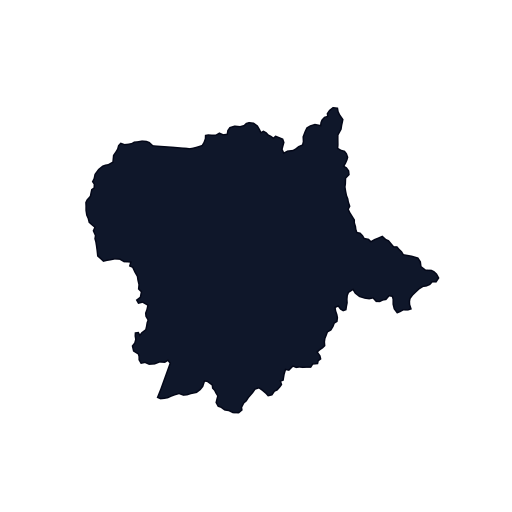 Piedade, São Paulo, Brazil (orthographic projection), rotated 290°
{"feature_id": "56859067B69793301724328", "entity_name": "Piedade", "entity_type": "district", "adm_level": 2, "iso_a3": "BRA", "parent_name": "Brazil", "parent_adm1": "São Paulo", "projection": "orthographic", "projection_center": [-47.435, -23.801], "detail": "fine", "context": "isolated", "style": "filled", "palette": "ink", "viewbox_px": 512, "rotation_deg": 290, "n_neighbors": 0, "source": "geoboundaries", "source_scale": "gbopen_adm2", "svg_char_len": 4163}
<svg xmlns="http://www.w3.org/2000/svg" viewBox="0 0 512 512"><g transform="rotate(290 256 256)"><path d="M315.6,90.4L312.7,89.2L309.2,89.5L306.0,88.9L301.8,87.8L295.3,89.5L291.3,86.1L289.8,83.5L288.0,81.3L283.5,78.6L277.7,76.9L273.4,77.5L270.0,77.1L268.3,79.5L264.6,80.7L262.2,79.0L259.3,79.4L255.5,80.0L251.0,78.2L248.1,77.9L244.7,79.3L240.8,80.7L236.6,83.0L233.9,85.6L230.6,87.8L229.0,92.0L228.0,94.9L224.1,94.6L220.4,98.2L217.2,98.8L214.6,100.7L211.2,102.6L206.6,105.0L201.9,107.3L200.3,111.4L199.0,114.4L201.0,117.4L202.6,120.3L205.0,124.2L206.5,129.1L205.6,134.0L206.7,137.3L207.5,140.5L203.5,140.8L203.3,144.0L199.6,147.7L196.3,151.6L193.1,153.3L189.1,155.9L184.9,157.0L183.2,160.6L177.7,161.5L173.8,159.0L171.5,161.7L173.9,165.2L173.4,168.1L172.8,171.3L168.5,171.9L164.6,171.9L161.7,173.3L159.0,176.6L156.0,176.6L152.4,177.3L149.0,177.7L144.8,175.0L141.6,174.0L143.8,171.6L142.4,169.0L139.5,169.9L136.5,171.6L132.8,171.9L129.2,170.7L124.9,173.5L123.7,179.1L121.5,180.6L118.5,181.7L116.0,184.7L118.1,188.1L117.8,192.6L120.0,197.6L123.5,201.6L125.0,206.6L127.9,208.9L126.0,212.1L98.4,212.2L89.5,211.9L89.3,215.1L90.9,218.4L92.7,221.5L95.3,224.1L97.7,226.9L100.5,230.7L100.5,235.4L102.1,238.7L104.5,241.8L107.5,246.7L111.4,249.2L115.2,250.5L120.9,250.3L121.6,253.1L120.7,256.2L119.8,259.1L117.0,260.5L115.7,263.1L113.5,265.4L111.5,268.0L108.1,268.3L104.7,268.7L101.9,271.9L102.0,274.7L100.7,279.3L101.5,283.4L101.0,288.0L102.8,293.3L106.5,295.4L108.8,294.1L113.7,294.7L116.5,296.3L120.5,297.2L126.5,299.5L130.6,300.6L133.2,303.9L132.0,308.1L130.4,312.4L128.9,315.2L131.0,318.4L135.3,319.5L137.3,321.6L141.1,323.1L143.9,323.9L146.8,321.7L148.6,323.9L154.5,322.8L159.5,322.5L160.0,325.9L165.2,328.3L165.1,331.9L166.6,334.7L167.4,338.0L168.8,341.3L170.3,345.4L173.9,346.2L176.0,350.6L178.8,350.2L181.4,351.9L184.0,350.2L186.7,346.3L189.7,347.9L192.5,349.9L195.2,351.2L198.7,349.6L202.0,348.9L205.3,349.0L209.1,349.0L212.1,351.6L216.3,352.4L219.7,352.4L222.2,354.4L225.8,353.6L228.5,352.0L231.5,349.6L234.7,347.8L237.2,350.4L235.1,353.6L234.5,356.6L236.3,358.8L239.8,358.1L243.1,357.6L246.4,356.2L250.1,355.2L253.5,355.3L257.8,358.6L255.1,362.0L253.4,367.1L253.7,372.8L254.6,377.0L256.7,380.3L254.5,384.5L255.6,387.8L258.1,390.2L259.6,392.9L264.2,394.6L264.8,397.9L262.3,399.7L257.6,401.4L253.7,404.0L251.0,408.1L252.9,410.2L255.8,412.7L257.3,417.1L259.3,419.7L262.9,416.9L265.8,415.7L268.7,415.2L272.9,416.4L276.6,418.2L280.9,420.4L284.6,423.3L286.1,426.2L288.7,429.0L292.1,430.4L293.3,434.0L297.8,435.1L300.7,431.8L302.1,428.5L302.4,425.6L300.6,420.2L302.4,414.6L306.7,412.4L309.4,408.8L309.0,402.5L308.4,398.9L307.5,394.0L309.7,391.3L311.1,388.1L312.7,385.3L311.6,382.2L313.8,378.4L315.6,375.3L315.8,372.3L317.6,368.0L314.1,364.3L312.0,361.9L308.7,359.1L310.1,356.0L309.4,351.6L311.4,349.2L313.0,346.0L312.5,342.7L315.2,340.6L317.6,339.4L320.8,337.0L323.5,336.0L325.6,333.3L328.8,329.2L331.4,326.6L334.8,327.0L338.2,324.3L341.1,322.6L343.7,320.3L347.3,318.1L351.3,315.9L354.2,315.3L359.8,313.5L364.3,315.5L367.6,313.9L369.7,310.8L370.3,307.7L374.1,308.3L377.4,308.5L380.1,308.3L383.0,305.9L384.6,303.3L384.3,299.7L385.0,295.9L388.5,294.9L393.8,292.9L397.7,291.5L404.2,292.5L408.2,291.7L411.3,291.3L413.9,290.9L417.2,286.2L419.7,283.7L422.7,282.0L421.7,277.7L418.0,275.4L414.2,274.4L411.7,275.7L409.7,273.0L406.4,271.6L403.7,271.5L400.6,272.2L399.7,266.4L396.8,262.6L393.8,260.1L389.9,259.7L384.1,259.6L379.6,261.5L376.2,261.8L373.3,258.7L370.0,256.7L367.8,254.8L365.3,249.8L362.1,246.9L365.1,243.9L368.4,243.6L372.2,243.3L374.9,241.1L375.2,233.5L372.6,232.1L373.5,228.9L373.8,226.1L375.2,223.4L375.7,220.3L373.5,218.5L375.9,216.0L378.6,212.8L379.9,208.3L378.9,203.9L377.2,201.6L374.5,200.3L372.0,196.8L370.7,191.6L367.7,187.6L364.3,186.7L360.5,187.4L358.6,183.7L358.9,179.6L355.8,177.1L354.4,173.5L353.4,169.8L352.0,167.4L348.9,168.4L344.9,168.4L341.4,167.7L339.4,165.2L337.6,162.8L335.5,159.7L334.0,157.0L333.2,153.4L332.3,150.5L331.1,146.1L329.8,141.2L326.1,128.3L324.9,124.1L324.2,121.3L326.1,116.8L326.1,113.7L325.0,109.7L322.7,105.7L321.3,102.7L319.2,101.0L317.2,97.7L315.6,94.3L315.6,90.4Z" fill="#0f172a" stroke="#020617" stroke-width="1.5"/></g></svg>